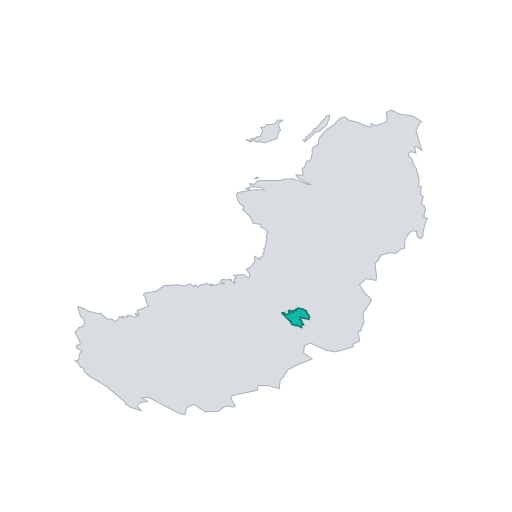 Östersund, Jämtland, Sweden shown in context, rotated 200°
{"feature_id": "70781695B37612072070756", "entity_name": "Östersund", "entity_type": "district", "adm_level": 2, "iso_a3": "SWE", "parent_name": "Sweden", "parent_adm1": "Jämtland", "projection": "equal_earth", "projection_center": [14.922, 63.252], "detail": "fine", "context": "in_parent", "style": "filled", "palette": "teal", "viewbox_px": 512, "rotation_deg": 200, "n_neighbors": 0, "source": "geoboundaries", "source_scale": "gbopen_adm2", "svg_char_len": 5469}
<svg xmlns="http://www.w3.org/2000/svg" viewBox="0 0 512 512"><g transform="rotate(200 256 256)"><path d="M111.7,330.2L113.5,333.9L117.7,333.4L119.5,330.7L121.8,322.8L119.2,314.1L123.0,311.1L125.4,306.3L131.2,304.9L138.9,299.4L139.7,293.8L141.6,289.6L135.3,277.2L134.9,274.1L144.7,272.5L149.0,264.4L142.3,259.2L132.0,254.2L135.9,238.8L131.7,230.5L132.3,227.1L131.7,221.7L134.3,219.6L129.5,211.8L134.5,206.5L133.7,203.8L148.2,193.2L157.8,191.3L175.2,192.9L179.4,188.7L179.5,186.5L178.0,181.2L168.2,178.2L178.9,168.9L187.3,159.9L188.9,151.3L190.8,147.6L188.8,139.3L200.0,138.4L210.0,135.0L208.6,130.5L230.4,116.9L231.1,114.5L229.4,112.2L224.1,108.1L225.6,106.2L231.4,105.1L234.3,103.3L238.5,97.0L250.4,92.2L263.6,95.4L269.1,90.0L268.6,82.4L273.3,81.7L308.5,86.4L314.3,83.6L308.2,82.1L314.0,79.1L315.7,77.3L316.2,75.2L315.9,74.0L310.9,71.3L321.9,70.9L328.0,72.2L328.6,73.9L352.9,82.6L372.0,86.1L377.5,88.6L379.6,91.4L382.7,91.6L386.3,94.2L390.1,95.7L387.2,97.5L387.5,101.7L388.6,103.6L387.0,107.2L393.3,108.1L394.4,110.4L391.3,112.6L391.9,115.1L400.3,122.7L398.4,125.2L398.0,128.4L394.5,130.7L394.1,133.2L395.0,136.3L396.3,137.8L399.9,138.9L406.2,147.3L400.3,147.9L395.7,146.7L385.1,147.8L382.5,149.1L374.2,145.7L369.7,147.6L366.4,145.9L364.1,148.7L363.6,152.5L359.8,152.2L361.2,153.6L356.1,154.1L355.8,154.7L356.9,155.7L355.4,156.8L348.3,157.2L347.4,158.5L349.5,160.0L349.5,160.9L344.9,159.5L348.2,162.3L348.9,164.3L339.5,172.4L342.8,174.5L345.7,179.2L348.7,181.2L347.6,183.4L337.7,188.6L332.2,196.7L319.6,202.1L312.9,203.4L308.6,207.3L303.5,206.1L303.4,208.3L300.1,206.9L297.5,210.4L292.9,213.3L287.8,212.7L287.3,213.3L288.9,214.1L283.0,214.8L281.4,217.9L277.1,218.7L276.3,219.7L280.8,219.9L279.9,222.4L275.0,223.6L273.2,225.2L270.9,225.2L271.4,224.0L268.0,224.0L267.0,222.6L266.3,223.0L268.7,227.1L267.0,228.7L270.2,230.3L261.2,234.3L255.6,232.8L254.9,234.0L256.2,237.5L261.0,240.2L258.2,242.1L255.2,250.2L257.4,255.2L251.0,254.1L251.5,256.0L249.6,258.2L250.4,261.5L249.8,263.6L251.3,265.5L250.5,266.5L251.6,275.6L253.5,279.5L252.9,282.6L255.5,284.3L261.1,284.6L262.8,287.3L269.8,285.7L274.9,290.8L284.4,295.2L284.0,298.1L290.1,300.2L293.7,304.1L295.2,307.3L294.8,309.4L285.5,314.9L278.4,318.5L270.9,320.8L271.3,321.7L275.0,322.1L284.0,319.4L286.7,321.7L281.8,322.8L280.9,326.0L278.8,328.0L258.9,335.3L256.3,337.6L247.4,341.3L231.3,341.0L228.8,341.8L242.8,343.3L246.1,346.0L239.5,347.8L242.5,354.2L240.8,355.8L240.8,363.0L238.4,363.2L237.4,366.1L238.7,373.4L239.9,375.4L239.4,377.5L235.7,382.5L237.0,388.4L232.7,399.3L227.9,405.6L224.1,414.1L219.9,417.1L214.9,415.2L207.4,416.3L193.9,415.9L192.2,416.8L193.2,419.9L188.3,419.4L179.7,426.0L179.3,429.2L182.8,435.4L178.6,439.5L169.3,438.5L157.1,441.1L146.2,439.0L147.6,436.9L148.6,428.6L136.3,412.0L142.2,413.7L144.5,412.8L141.0,407.4L146.0,407.1L147.6,405.1L146.8,402.0L142.7,400.7L139.2,395.8L135.5,393.3L129.0,383.6L126.7,377.0L124.4,377.7L122.6,370.1L119.1,369.0L118.5,361.4L114.7,360.5L112.4,357.1L112.1,350.5L107.7,349.7L108.3,346.5L107.1,335.1L105.8,331.6L107.0,328.9L109.4,328.7L111.7,330.2ZM299.3,365.4L297.3,366.2L296.1,368.3L292.9,369.3L292.6,376.0L295.5,378.5L292.5,379.6L290.6,383.2L285.1,385.6L283.0,387.8L281.9,391.1L277.1,392.9L280.4,388.0L275.9,382.3L277.0,380.3L276.4,373.8L286.0,365.6L290.5,364.6L292.6,365.5L293.4,363.5L294.9,363.1L299.3,365.4ZM237.3,412.0L234.9,413.4L234.2,411.4L234.3,403.5L239.6,394.2L242.0,393.4L248.5,380.9L249.2,380.1L251.5,380.9L249.8,382.0L249.9,384.2L245.9,390.9L244.8,395.3L243.3,396.4L237.3,412.0ZM301.1,362.9L300.8,364.7L298.3,363.2L300.6,361.1L305.4,361.7L301.1,362.9ZM288.5,315.8L285.5,318.6L284.8,317.4L285.4,316.0L288.5,315.8ZM282.1,330.4L280.5,330.6L281.6,328.6L283.7,328.2L282.1,330.4Z" fill="#d9dde1" stroke="#a8b0b8" stroke-width="1"/><path d="M198.0,203.7L197.3,204.2L196.8,204.3L195.8,204.3L195.2,204.2L194.5,204.0L194.3,204.3L194.3,204.9L193.3,205.0L192.5,204.7L191.5,204.6L190.1,204.6L189.3,204.3L188.8,204.2L188.6,204.4L189.1,204.7L189.4,205.0L189.7,205.5L189.6,206.2L189.3,206.6L189.2,207.0L188.9,207.2L188.0,207.4L187.7,207.7L188.1,208.0L188.4,208.2L188.9,208.4L189.1,208.8L189.7,208.9L189.9,209.3L190.4,209.7L191.0,210.0L191.4,210.3L191.0,210.8L191.1,211.1L192.1,211.4L193.1,211.6L193.1,212.2L193.1,213.1L193.3,213.5L193.1,213.8L192.0,213.8L191.3,213.6L190.9,213.7L190.6,213.7L189.8,213.8L189.8,213.7L185.0,214.6L184.5,214.7L185.2,215.5L185.1,216.6L184.7,216.9L186.0,218.3L187.2,219.1L187.6,219.2L188.5,219.3L188.9,219.7L188.7,220.2L189.0,220.7L189.7,221.0L190.2,221.7L190.8,221.8L191.7,221.9L192.5,222.0L193.0,222.1L194.3,222.2L194.3,221.9L194.8,221.6L196.5,221.5L197.3,221.7L198.1,221.8L198.8,221.3L199.0,220.5L199.4,220.3L200.2,220.0L200.3,219.6L200.1,219.0L199.6,218.7L199.8,218.2L201.3,218.0L202.5,217.7L202.5,217.0L201.9,216.6L201.6,216.1L201.8,215.7L203.1,215.7L203.9,216.1L205.2,216.5L206.0,216.5L206.5,215.7L206.5,214.9L206.0,214.5L205.1,214.3L204.7,214.0L204.4,213.4L205.0,213.3L205.8,213.1L206.3,212.5L206.7,211.9L207.3,211.6L208.5,211.5L209.2,211.8L209.6,212.1L210.3,212.5L210.9,212.1L211.5,211.7L212.1,211.4L211.7,211.0L211.1,210.6L210.7,210.2L210.3,210.1L209.5,210.1L209.0,210.0L208.5,209.6L208.1,209.3L207.7,209.0L207.1,208.8L206.5,208.4L205.8,208.2L204.9,207.7L204.4,207.6L203.9,207.3L203.2,207.1L202.7,206.9L201.7,206.8L200.9,206.8L200.6,206.6L200.8,206.2L201.2,206.1L201.3,205.8L200.8,205.5L200.3,205.3L200.0,205.0L199.8,204.7L199.5,204.4L198.9,204.1L198.4,203.8L198.0,203.7Z" fill="#14b8a6" stroke="#0f766e" stroke-width="1.5"/></g></svg>